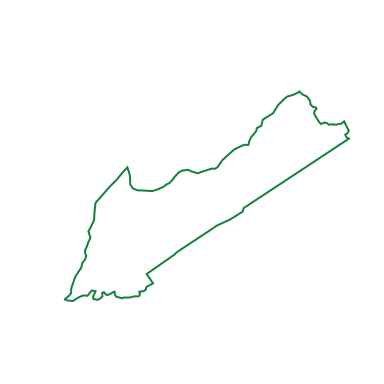 Lapai, Niger, Nigeria, rotated 56°
{"feature_id": "59680162B14261849329471", "entity_name": "Lapai", "entity_type": "district", "adm_level": 2, "iso_a3": "NGA", "parent_name": "Nigeria", "parent_adm1": "Niger", "projection": "robinson", "projection_center": [6.661, 8.736], "detail": "fine", "context": "isolated", "style": "outline", "palette": "green", "viewbox_px": 384, "rotation_deg": 56, "n_neighbors": 0, "source": "geoboundaries", "source_scale": "gbopen_adm2", "svg_char_len": 2938}
<svg xmlns="http://www.w3.org/2000/svg" viewBox="0 0 384 384"><g transform="rotate(56 192 192)"><path d="M135.4,231.8L136.9,238.3L139.8,247.9L141.4,256.1L141.5,256.8L141.5,257.0L141.8,257.9L143.6,264.7L146.2,274.6L146.2,274.9L147.2,278.2L154.7,284.5L160.5,288.9L163.0,293.0L166.8,299.9L173.1,301.8L176.0,306.5L178.5,309.8L180.6,313.4L182.8,314.8L185.7,315.3L188.2,318.4L189.6,322.8L193.0,326.3L194.2,329.6L196.9,336.0L201.2,341.8L203.2,344.5L204.9,346.4L206.0,347.2L207.4,348.2L207.7,348.4L207.9,348.5L208.0,348.6L208.1,348.8L208.2,349.2L208.3,349.4L209.0,351.3L209.2,351.7L209.2,351.8L209.7,356.9L209.8,357.0L209.9,357.4L210.0,357.5L212.3,355.8L215.7,351.9L216.1,343.7L217.1,339.6L218.8,337.6L219.6,336.8L217.6,330.2L220.3,327.4L222.7,331.2L223.4,332.3L223.6,332.5L223.8,332.8L225.4,333.5L225.4,333.4L225.5,333.4L225.7,333.2L225.9,333.1L226.9,332.2L227.1,332.1L228.5,330.7L228.6,330.2L228.7,329.6L229.0,328.0L228.5,324.7L225.4,322.8L225.8,321.1L226.0,321.1L226.3,321.1L226.5,321.0L227.3,320.9L228.3,320.8L228.5,320.7L228.9,320.5L229.2,320.4L229.3,320.4L229.5,320.3L230.0,320.0L230.7,317.3L230.9,313.4L231.4,312.0L233.4,313.1L236.3,313.4L239.2,310.9L239.3,310.8L239.8,310.5L240.6,309.8L240.7,309.7L240.8,309.4L240.9,309.2L241.4,307.7L241.5,307.3L241.6,307.2L241.7,306.9L241.9,306.6L242.5,305.8L242.6,305.7L244.7,302.4L244.8,302.3L244.8,302.2L245.0,301.8L245.4,301.0L245.5,300.7L245.6,300.4L245.7,300.2L245.8,299.5L245.9,299.3L245.9,299.0L245.9,298.9L247.2,296.6L248.4,295.2L248.6,293.6L247.4,292.2L247.2,292.1L246.8,292.0L246.5,291.9L245.2,291.4L247.2,287.5L247.2,285.1L245.2,282.8L246.0,275.4L234.6,275.4L234.1,241.3L233.4,238.7L233.4,236.8L233.7,206.7L233.8,189.6L236.1,175.8L236.6,160.8L234.2,158.2L234.4,140.8L234.7,115.6L235.2,66.4L235.5,32.1L233.2,33.3L230.2,32.9L230.2,30.4L229.0,27.8L218.5,26.4L218.8,29.8L218.0,31.9L216.7,35.0L216.2,35.6L214.6,37.6L214.2,38.0L214.0,38.3L212.7,41.0L211.0,41.3L208.6,43.1L207.7,47.1L205.1,47.5L199.4,47.3L195.0,46.8L193.4,45.0L192.6,42.3L191.7,42.0L190.9,42.3L189.3,44.1L188.2,44.3L187.6,44.5L187.3,44.6L187.1,44.6L186.9,44.6L185.9,44.9L182.4,43.1L177.3,43.3L173.0,45.8L168.9,46.8L169.0,46.9L168.5,50.7L167.9,54.3L166.1,59.8L166.5,64.4L167.2,67.3L167.9,71.5L169.6,75.4L172.0,80.6L171.6,92.8L176.0,97.7L175.5,100.3L175.3,102.7L175.7,103.0L177.2,104.3L177.8,105.9L179.7,112.5L181.8,115.9L184.5,119.0L184.4,119.2L182.0,122.4L182.0,122.5L181.2,127.0L180.4,133.1L181.3,140.6L182.6,149.2L182.6,149.3L182.9,150.0L185.6,156.8L185.7,160.0L183.7,162.3L181.4,170.2L179.6,176.9L175.7,180.1L171.3,183.0L170.3,185.1L168.8,188.1L168.7,188.2L168.7,188.4L168.7,188.5L168.7,189.0L168.4,191.1L168.4,191.6L168.3,191.9L168.3,192.0L169.9,198.5L171.0,201.1L171.9,205.6L171.9,206.7L171.4,208.7L171.7,212.9L171.7,213.1L170.3,220.2L169.0,224.4L165.2,229.4L160.0,236.3L159.9,236.4L159.8,236.5L156.0,239.0L151.2,239.0L146.8,236.1L143.6,234.3L140.5,233.3L135.4,231.8Z" fill="none" stroke="#15803d" stroke-width="2"/></g></svg>